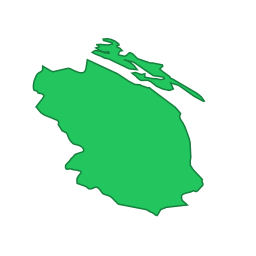 the County of Licko-Senjska, rotated 162°
{"feature_id": "HRV-1584", "entity_name": "Licko-Senjska", "entity_type": "County", "adm_level": 1, "iso_a3": "HRV", "parent_name": "Croatia", "parent_adm1": "", "projection": "natural_earth1", "projection_center": [15.249, 44.713], "detail": "fine", "context": "isolated", "style": "filled", "palette": "green", "viewbox_px": 256, "rotation_deg": 162, "n_neighbors": 0, "source": "natural_earth", "source_scale": "10m", "svg_char_len": 3249}
<svg xmlns="http://www.w3.org/2000/svg" viewBox="0 0 256 256"><g transform="rotate(162 128 128)"><path d="M145.6,205.5L121.2,182.8L112.9,172.3L108.0,167.3L103.0,165.3L102.3,164.2L96.6,160.0L95.2,159.8L94.1,157.9L76.6,133.0L73.5,125.6L75.5,122.8L75.3,119.5L74.2,115.6L73.5,111.1L73.1,98.8L73.5,94.9L77.3,80.8L79.0,77.4L80.2,73.2L78.9,68.2L73.2,56.1L74.1,54.7L74.0,51.8L74.2,51.0L74.7,50.4L81.1,46.8L82.5,46.5L83.4,46.7L84.3,47.6L84.8,47.9L85.5,48.1L88.3,47.8L93.2,48.2L96.2,48.0L97.3,47.6L98.0,46.9L98.6,45.2L98.8,43.6L98.8,42.4L95.4,36.5L116.0,40.7L121.9,40.4L126.4,36.5L127.4,35.8L128.1,36.1L129.0,37.1L129.6,38.1L130.4,39.2L131.4,40.3L132.9,41.5L133.6,42.2L134.7,43.6L135.5,44.5L136.6,45.2L160.1,58.2L160.7,58.8L161.3,59.6L164.8,66.6L165.7,68.0L167.7,69.9L171.2,72.4L172.1,73.3L172.6,74.3L173.9,78.3L174.6,79.6L175.5,80.9L176.3,81.5L177.1,81.8L177.8,81.8L180.5,81.5L182.6,81.7L183.9,82.2L184.6,83.0L185.0,83.8L185.5,84.7L186.7,85.9L193.5,91.1L192.3,95.4L190.1,97.6L186.6,99.9L186.2,100.5L186.3,101.2L187.3,102.2L190.1,104.0L192.9,105.2L194.9,106.7L196.0,107.1L198.9,107.7L199.5,108.3L199.7,109.3L199.3,110.9L198.8,111.7L198.4,112.2L193.4,115.0L191.7,116.4L189.7,117.2L188.7,117.8L187.6,118.6L186.4,119.1L185.1,119.3L178.8,119.3L177.5,119.6L177.0,120.4L177.0,122.4L177.7,124.2L179.4,126.1L180.6,127.1L183.6,128.9L184.8,129.8L185.7,131.2L186.7,133.3L187.5,136.7L187.7,140.9L188.1,142.4L190.9,145.1L191.7,146.2L192.7,150.8L193.1,152.0L193.2,152.6L193.1,153.2L192.6,154.0L192.1,154.8L192.2,155.7L192.9,157.2L203.5,166.2L206.0,169.3L208.9,176.5L199.9,182.6L198.5,183.9L197.9,184.9L198.4,186.1L199.2,187.0L199.8,187.5L200.6,187.9L201.5,188.3L202.3,188.7L202.7,189.2L202.9,190.1L203.1,190.9L203.5,191.5L204.2,192.0L204.9,192.4L205.5,192.8L205.8,193.6L205.6,195.1L205.0,197.3L203.8,199.9L202.3,202.3L199.5,205.6L197.6,207.3L195.3,208.2L193.6,208.4L192.2,208.9L191.4,209.5L190.0,213.2L184.2,206.7L182.3,204.9L180.9,204.6L167.4,203.4L166.2,203.1L165.2,202.7L164.5,202.1L161.8,199.4L157.9,196.2L155.8,195.0L154.5,194.7L153.1,194.6L151.6,195.1L150.3,196.6L149.5,197.7L145.6,205.5L145.6,205.5ZM72.2,162.1L70.3,160.6L52.0,140.0L48.8,135.2L47.1,130.1L47.9,130.1L48.4,130.5L55.2,137.6L66.7,153.0L73.5,157.6L72.8,151.1L77.0,150.9L83.0,154.4L88.0,159.0L92.0,165.0L94.6,167.3L101.1,169.3L103.0,171.8L104.7,175.2L107.2,178.9L103.7,178.5L98.8,174.7L95.2,174.4L96.0,172.1L96.4,171.2L89.1,167.3L85.6,166.1L83.7,164.8L81.3,163.7L78.3,163.7L78.3,165.3L87.9,170.1L102.3,188.9L110.9,194.3L108.1,192.2L105.3,189.2L102.9,185.4L101.2,180.6L108.5,183.9L125.0,199.6L128.9,201.9L131.4,204.5L136.4,208.6L138.7,211.0L135.3,211.9L131.1,209.7L126.8,206.6L122.9,204.9L122.9,206.5L126.1,207.1L129.2,208.9L131.9,211.5L133.8,214.1L130.2,214.1L130.5,215.3L131.0,216.1L131.7,216.6L132.6,217.1L128.9,216.2L121.1,213.0L116.9,212.7L116.9,214.1L124.2,218.8L124.2,220.2L120.1,219.3L116.5,217.3L113.4,214.5L110.9,211.0L110.9,209.6L113.3,209.6L113.3,208.0L111.9,207.2L111.0,206.3L109.6,203.4L111.4,203.6L112.7,203.2L113.6,202.2L114.5,200.5L110.0,197.8L108.5,197.3L106.8,197.6L104.0,199.0L102.5,198.9L100.6,196.9L97.5,191.0L86.6,182.8L85.0,182.5L75.8,177.4L75.8,176.0L76.8,175.7L78.5,174.8L79.6,174.4L77.4,170.7L72.4,163.9L72.2,162.1Z" fill="#22c55e" stroke="#15803d" stroke-width="1.5"/></g></svg>